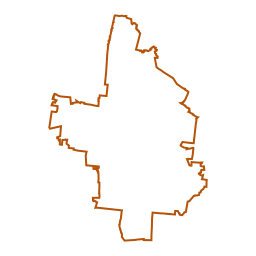 Silao de la Victoria, Guanajuato, Mexico
{"feature_id": "50627088B90006920351190", "entity_name": "Silao de la Victoria", "entity_type": "district", "adm_level": 2, "iso_a3": "MEX", "parent_name": "Mexico", "parent_adm1": "Guanajuato", "projection": "albers", "projection_center": [-101.426, 20.976], "detail": "fine", "context": "isolated", "style": "outline", "palette": "amber", "viewbox_px": 256, "rotation_deg": 0, "n_neighbors": 0, "source": "geoboundaries", "source_scale": "gbopen_adm2", "svg_char_len": 5557}
<svg xmlns="http://www.w3.org/2000/svg" viewBox="0 0 256 256"><path d="M137.0,25.1L136.1,24.4L135.7,24.3L135.4,23.7L135.0,23.6L134.8,23.2L134.2,23.1L133.7,23.0L133.0,23.6L132.7,23.9L132.3,24.2L131.6,23.4L131.2,19.1L126.9,17.9L126.3,17.2L126.4,16.1L125.4,15.9L124.2,16.2L123.6,16.2L122.6,15.8L121.7,15.7L120.8,15.9L119.0,16.1L118.6,15.9L115.4,15.4L114.7,15.6L113.2,22.1L113.4,22.2L113.1,22.4L112.0,27.9L112.5,28.2L112.1,28.6L111.9,28.6L111.4,29.1L111.6,29.3L111.6,30.5L111.4,30.5L111.4,30.9L111.2,30.9L111.1,31.3L111.2,31.6L110.3,35.9L110.0,35.9L109.8,36.2L110.0,36.5L109.8,36.7L109.8,37.0L110.0,37.1L110.0,37.3L110.2,37.5L110.0,37.8L109.8,37.9L109.6,39.0L109.8,39.8L109.2,40.0L109.2,40.4L108.5,41.1L109.1,41.9L108.5,44.0L108.3,43.7L108.1,44.1L108.4,44.1L108.4,44.3L108.1,45.9L107.8,49.6L107.6,50.6L107.2,55.0L106.1,72.6L104.9,84.5L107.7,84.7L106.5,96.0L99.7,95.4L99.4,98.4L98.5,98.3L98.3,101.0L98.8,101.1L98.4,106.1L94.0,105.5L93.6,105.3L91.4,104.8L84.4,103.8L84.4,103.3L84.4,102.8L82.8,102.6L81.0,102.1L80.4,103.1L79.1,102.4L79.0,102.5L76.5,100.8L77.0,102.4L72.9,102.9L72.9,103.7L70.9,103.9L70.3,97.3L61.3,96.5L60.4,96.4L58.3,95.7L55.8,94.2L55.5,94.5L54.5,93.9L53.8,95.0L54.0,95.1L53.7,97.4L53.1,97.2L52.6,99.0L56.5,100.3L56.1,100.8L56.0,101.2L55.5,101.1L55.0,102.7L53.1,102.1L52.6,103.2L52.5,103.7L52.2,103.6L51.6,105.3L57.6,106.1L57.4,107.2L57.4,107.4L57.6,107.6L57.3,109.2L57.4,109.3L56.9,111.4L56.0,112.1L51.7,111.5L49.3,127.5L50.0,128.7L61.0,126.2L60.2,136.1L57.1,137.3L57.2,138.2L58.2,138.1L58.7,140.2L59.9,139.7L59.8,144.5L61.9,144.8L62.4,140.0L67.2,139.7L67.0,140.6L66.6,140.3L66.8,141.6L66.5,143.7L68.9,145.6L68.7,147.9L73.8,148.5L73.6,149.7L77.6,150.6L86.6,151.7L85.7,155.6L86.3,165.3L98.8,166.5L98.8,167.7L98.0,167.7L98.0,168.4L93.4,168.1L93.5,168.9L97.1,169.3L97.1,170.7L97.9,170.8L97.9,172.5L98.4,172.5L98.5,175.0L98.6,178.4L98.3,182.4L99.4,182.5L99.4,186.7L99.2,190.8L99.2,192.9L99.1,193.2L99.3,193.2L99.5,196.2L99.3,197.8L92.9,197.8L93.0,200.0L93.4,200.0L93.4,201.1L95.5,201.1L96.4,202.4L97.1,202.4L95.4,207.8L97.5,207.7L121.1,210.3L121.9,210.3L121.8,210.6L120.8,218.7L120.1,221.0L120.0,221.3L119.6,224.9L119.3,224.9L119.5,226.7L120.4,230.1L120.6,230.1L121.2,233.0L121.8,233.3L122.0,235.3L121.8,236.9L124.6,240.6L135.5,239.9L137.8,239.5L143.8,239.0L143.7,240.1L151.4,240.2L151.5,234.1L151.9,226.7L152.0,219.9L152.6,212.6L160.1,213.3L162.4,213.4L168.6,213.9L168.5,214.0L175.0,214.5L175.1,213.8L174.9,213.4L175.2,210.9L177.8,211.1L177.8,211.3L178.7,212.5L178.9,213.2L179.5,213.2L179.8,214.8L182.3,215.1L182.5,214.9L182.5,214.6L183.6,213.6L184.4,212.3L185.8,212.1L187.7,201.5L189.3,201.2L193.9,195.8L194.5,195.6L194.8,195.7L195.0,195.5L195.3,195.6L195.7,195.4L196.4,195.5L199.0,195.0L199.2,194.5L199.3,192.6L199.8,192.5L200.1,192.5L200.7,192.3L200.8,191.7L201.0,191.4L201.2,190.5L202.9,189.4L202.9,189.2L203.2,188.9L203.4,188.9L204.1,187.7L204.5,186.6L206.4,186.9L206.5,185.4L206.5,182.8L206.7,179.9L202.0,179.2L202.3,178.2L202.5,178.0L202.5,177.3L203.0,175.1L201.9,175.5L201.5,175.5L201.3,175.3L200.5,175.1L200.1,174.4L199.9,174.6L199.3,174.3L198.8,173.8L198.8,173.6L199.0,173.4L199.4,173.1L199.8,172.7L201.0,172.6L201.2,171.2L201.1,170.4L201.4,169.9L203.0,169.9L203.5,170.0L204.3,169.9L204.2,168.6L204.0,168.0L204.0,166.7L203.8,166.3L203.2,166.5L202.2,166.4L201.8,166.4L200.7,165.9L200.6,164.6L200.8,164.1L200.9,163.7L201.2,163.5L201.8,163.2L202.1,162.5L199.2,162.7L192.9,162.2L191.6,162.0L191.4,165.6L189.5,165.4L187.0,159.2L188.1,159.3L188.3,158.8L190.9,159.0L191.9,159.0L192.7,154.9L193.4,148.1L193.2,147.8L191.3,148.3L186.7,149.2L187.1,148.0L185.6,147.9L183.8,147.5L181.1,146.0L180.6,145.2L182.5,142.0L189.8,142.9L193.7,143.2L196.0,122.3L196.2,121.8L196.5,119.9L196.3,119.7L196.2,118.7L196.6,118.2L197.1,118.1L197.9,117.3L196.9,117.1L193.7,115.2L193.9,115.1L193.0,114.1L192.4,114.0L192.2,113.6L190.5,113.0L189.7,112.3L188.5,111.9L189.7,110.9L189.6,110.6L189.5,110.3L189.2,110.0L189.3,109.6L189.2,109.6L189.2,109.4L189.4,109.0L189.2,108.5L188.9,108.3L188.2,108.1L188.0,107.8L187.0,107.6L185.7,106.6L185.8,106.1L185.2,105.5L184.8,105.6L183.1,104.3L181.7,103.9L180.8,103.1L181.3,103.1L181.2,103.2L181.6,103.3L181.8,102.8L182.0,102.7L182.1,102.9L181.9,103.7L182.1,103.4L182.5,103.3L182.7,102.8L183.2,102.4L183.3,101.9L183.7,101.8L184.1,100.9L184.4,100.9L184.7,100.5L185.1,99.8L187.5,94.6L188.4,92.0L188.3,91.8L188.0,91.7L187.8,91.3L185.9,90.2L185.3,89.7L184.8,89.5L184.7,89.2L184.9,88.8L184.7,88.7L184.3,89.0L183.9,88.6L182.6,88.0L176.8,83.9L173.2,78.3L163.6,72.2L160.8,70.1L158.5,68.8L156.5,67.1L154.8,57.8L155.5,57.7L156.0,57.8L157.0,57.9L156.8,57.5L157.7,56.9L157.3,56.1L157.0,55.7L156.3,55.3L156.2,54.7L156.0,54.3L156.1,53.8L155.9,53.6L155.2,53.2L155.2,52.9L154.9,52.1L154.8,51.7L155.4,51.0L156.0,50.8L156.5,50.8L156.9,49.8L156.5,49.5L155.8,49.6L155.1,48.6L154.3,48.5L155.1,48.3L155.6,47.7L154.8,47.3L154.1,47.2L154.2,46.9L154.1,46.7L153.8,46.5L153.5,46.5L153.0,47.2L152.6,47.1L152.1,47.4L151.8,48.0L150.5,48.6L150.2,49.1L150.3,49.7L150.5,49.8L149.9,50.1L149.8,50.3L149.6,50.3L149.4,50.4L148.3,51.1L147.6,51.1L147.3,50.7L146.7,50.5L146.6,50.4L145.7,50.7L145.4,50.7L145.1,50.5L145.0,50.2L144.1,50.2L143.8,50.7L143.8,50.8L144.2,51.2L144.0,51.9L143.7,52.1L143.3,52.2L143.1,52.5L142.1,52.4L142.1,52.1L141.9,51.7L142.0,51.6L142.0,51.2L141.3,50.5L141.0,50.4L140.2,50.9L140.0,51.0L139.6,50.7L139.5,50.4L136.0,49.6L140.2,33.3L138.9,31.9L139.1,31.8L139.0,31.3L138.9,31.2L138.6,30.8L138.2,30.6L137.3,30.0L137.4,29.9L137.4,29.4L136.5,29.1L136.1,28.6L136.2,27.7L136.8,26.9L136.4,26.5L137.0,25.1Z" fill="none" stroke="#b45309" stroke-width="2"/></svg>